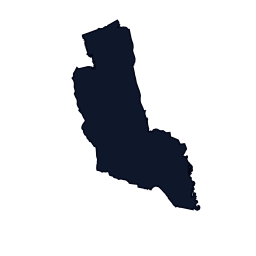 Sopo, Cundinamarca, Colombia (Equal Earth projection), rotated 156°
{"feature_id": "7082276B26138055431911", "entity_name": "Sopo", "entity_type": "district", "adm_level": 2, "iso_a3": "COL", "parent_name": "Colombia", "parent_adm1": "Cundinamarca", "projection": "equal_earth", "projection_center": [-73.969, 4.893], "detail": "fine", "context": "isolated", "style": "filled", "palette": "ink", "viewbox_px": 256, "rotation_deg": 156, "n_neighbors": 0, "source": "geoboundaries", "source_scale": "gbopen_adm2", "svg_char_len": 5689}
<svg xmlns="http://www.w3.org/2000/svg" viewBox="0 0 256 256"><g transform="rotate(156 128 128)"><path d="M131.8,231.2L132.2,230.0L131.5,229.3L132.2,229.1L132.3,228.1L131.8,227.8L131.4,226.7L131.5,226.4L131.9,226.1L131.3,225.7L131.4,225.1L131.4,224.3L131.7,223.9L131.7,224.6L132.0,224.4L132.9,222.7L132.9,222.4L132.6,222.3L132.5,222.0L133.1,221.3L133.0,220.4L133.3,220.3L132.9,219.6L133.4,218.9L133.6,218.2L133.6,217.2L133.2,216.6L133.4,215.8L133.8,215.9L134.0,213.2L134.6,212.3L134.7,212.1L135.1,212.2L135.3,211.9L135.2,211.7L134.2,211.1L134.2,210.8L134.5,210.2L134.2,209.4L134.0,209.1L133.4,209.4L133.2,208.2L132.7,208.3L132.3,209.8L132.1,210.0L131.5,210.0L131.5,209.7L131.8,209.4L131.7,209.2L131.0,209.4L130.9,209.2L130.9,208.8L131.1,208.6L131.8,208.5L132.1,208.2L131.7,207.0L131.9,206.5L131.9,205.9L132.2,205.1L132.2,204.6L132.4,203.9L132.0,203.2L132.6,203.3L132.6,202.4L132.4,202.3L132.0,202.5L131.5,201.9L132.7,201.6L133.0,201.9L132.8,199.7L133.0,199.2L133.5,198.8L133.1,198.1L133.2,197.7L133.4,197.6L133.8,197.8L133.9,197.6L133.8,197.0L133.5,196.8L133.7,196.0L134.0,195.8L134.4,196.6L135.2,197.4L136.0,196.8L135.9,196.6L135.6,196.4L135.7,196.1L135.9,196.1L136.2,196.6L136.6,196.3L136.7,196.9L136.6,198.2L136.6,198.4L138.6,199.7L139.7,200.2L149.2,202.0L150.1,203.9L153.7,201.0L155.1,200.2L155.8,199.3L156.4,197.7L157.0,196.7L157.5,196.5L158.2,196.6L158.6,196.2L158.2,193.9L158.3,191.7L159.2,189.2L160.3,187.3L160.8,183.7L161.3,182.4L161.6,182.0L162.4,181.6L162.9,181.1L163.0,177.2L162.8,176.1L162.8,174.6L163.5,172.2L164.3,171.0L164.7,169.7L164.7,167.2L164.2,165.3L164.2,164.7L164.3,164.6L165.3,164.4L165.6,163.9L164.1,159.7L164.1,155.7L163.7,153.4L163.8,152.1L164.6,151.2L166.2,150.4L168.1,149.1L169.3,147.9L170.0,146.7L170.1,146.2L170.0,145.3L169.3,144.7L170.0,142.5L170.1,141.2L170.0,139.5L169.3,138.4L169.0,137.5L169.0,136.2L169.3,135.5L169.2,135.1L168.8,134.1L168.3,133.5L168.5,132.9L168.4,131.5L167.6,130.9L167.1,130.1L166.2,125.0L165.0,124.1L164.9,123.4L165.6,121.0L168.0,114.6L168.1,113.2L168.5,111.4L169.5,109.7L170.2,108.0L171.1,107.0L172.2,105.1L173.1,103.1L173.2,102.0L172.1,101.3L170.4,99.9L169.9,98.8L169.4,98.5L169.0,98.3L168.0,98.3L166.4,97.2L164.8,96.8L164.4,96.8L163.2,95.4L163.7,93.8L163.7,93.3L163.8,92.5L160.7,89.7L160.9,88.9L160.7,88.6L158.3,86.7L158.0,86.3L157.6,85.4L157.2,84.9L156.3,84.9L155.4,84.5L155.1,84.6L153.0,82.9L152.5,82.8L152.1,82.3L150.8,81.5L149.7,79.4L149.3,79.3L149.1,77.1L147.7,76.4L147.8,76.2L141.8,72.6L142.6,70.0L138.5,67.1L137.4,66.6L137.5,66.1L137.1,65.9L137.0,66.3L136.1,65.8L135.7,65.2L135.7,65.4L133.9,64.4L133.6,64.2L133.2,63.5L132.8,63.0L132.2,62.4L130.6,63.4L128.4,64.2L128.2,64.0L126.2,63.9L125.7,63.5L125.2,63.4L125.0,62.8L124.5,62.7L124.0,62.3L123.1,60.9L122.9,60.1L122.1,58.3L121.2,55.3L120.3,53.0L119.9,50.5L119.5,49.6L119.1,49.2L119.1,48.9L119.5,47.8L119.4,47.1L117.8,41.5L117.5,39.2L116.8,38.2L116.5,36.8L116.2,36.7L115.5,36.9L115.1,36.5L114.7,36.4L113.8,35.6L113.3,35.0L111.5,34.1L101.8,27.1L101.3,27.9L101.0,28.1L100.6,28.1L99.7,27.0L98.9,25.6L98.1,25.0L97.8,24.8L96.1,24.9L96.0,25.2L95.4,25.5L95.0,26.0L94.7,26.9L94.7,27.6L95.2,28.4L95.6,28.5L95.8,28.2L95.6,27.3L95.8,26.7L96.1,26.5L96.9,26.8L97.8,28.6L97.8,30.0L97.5,30.6L96.5,31.5L95.0,31.8L94.6,32.2L94.6,33.3L94.9,33.7L95.6,33.8L95.9,34.1L96.0,35.5L95.8,35.8L94.9,35.9L94.6,37.2L93.8,37.7L93.9,38.3L94.6,39.1L94.7,39.5L94.4,39.8L93.6,39.9L93.2,40.3L93.1,40.8L93.2,41.0L94.1,41.8L94.5,41.9L94.9,41.6L96.2,39.2L97.8,38.5L98.0,38.7L98.0,39.5L97.2,41.5L96.3,42.7L95.8,43.1L94.2,43.8L94.2,44.3L94.9,45.0L94.8,45.7L93.7,46.4L93.1,45.1L92.8,45.1L92.6,45.3L92.3,49.2L91.9,49.4L91.3,48.9L90.8,48.9L90.6,49.2L90.4,50.4L90.0,50.5L89.7,50.3L89.6,50.5L89.8,52.2L90.2,52.4L90.9,52.0L91.2,52.5L91.2,53.7L91.5,54.7L91.5,55.6L91.1,56.1L90.8,56.3L90.7,56.8L90.8,57.0L91.4,57.1L91.5,57.4L91.2,58.9L91.5,60.0L91.3,60.3L90.2,60.3L89.7,60.9L89.0,60.8L89.0,61.7L88.8,62.2L88.7,62.9L88.9,63.0L89.3,62.9L90.4,62.0L90.8,62.2L90.9,62.9L90.3,64.1L89.6,64.8L89.2,64.6L88.5,63.2L87.9,62.7L87.1,62.7L86.8,62.9L86.4,63.4L86.3,64.0L86.4,64.5L87.7,64.9L89.0,66.5L89.0,67.1L88.7,67.9L87.9,69.1L87.5,69.1L87.2,68.7L87.1,68.2L87.3,67.4L87.3,66.9L87.2,66.3L86.5,65.3L86.2,65.1L85.8,65.2L85.2,66.7L85.4,67.8L86.4,70.4L86.5,71.2L87.1,72.7L87.2,73.4L87.1,75.4L87.1,77.0L86.6,76.6L86.1,76.7L85.6,77.4L85.5,78.3L85.8,78.4L86.5,78.1L87.2,78.2L88.9,79.5L89.2,79.8L89.2,80.2L89.0,80.8L88.7,81.2L86.6,82.5L85.0,84.0L83.2,85.1L83.1,85.7L82.8,90.4L83.2,90.7L85.6,91.3L87.1,92.1L87.2,92.6L87.1,94.5L87.2,96.6L91.3,101.0L92.9,102.5L91.7,106.8L93.8,107.4L95.1,108.0L95.8,108.8L96.9,110.9L97.5,111.3L99.3,111.9L100.4,112.8L101.7,114.6L103.1,115.6L105.2,115.9L105.6,115.8L106.8,115.0L107.9,114.9L108.5,115.8L110.3,116.1L110.8,116.4L110.9,116.8L110.7,117.3L109.6,119.0L109.2,121.6L108.9,122.6L108.8,124.4L108.6,124.0L108.0,125.5L108.2,126.0L107.8,126.3L107.7,126.8L106.9,127.6L106.7,128.3L106.7,129.2L106.8,129.3L107.3,129.3L107.7,128.0L108.0,127.9L107.0,134.3L106.0,136.0L105.3,136.7L106.8,137.3L106.5,139.9L106.5,146.0L106.2,147.4L105.1,150.1L103.7,152.6L103.4,153.8L102.8,157.8L102.7,160.1L102.2,165.9L101.5,169.0L101.2,170.0L100.6,173.8L100.0,175.8L98.4,183.5L98.0,183.8L97.3,183.4L96.9,184.2L96.6,184.4L96.2,184.9L95.2,185.6L94.0,187.7L93.5,189.0L93.2,191.0L92.9,194.6L92.6,196.5L92.0,197.9L90.8,199.4L90.3,200.7L89.6,202.8L89.1,207.9L87.0,217.5L88.1,218.1L88.5,219.8L89.0,220.6L91.3,222.0L93.4,222.5L94.5,223.6L96.1,224.1L95.4,225.0L94.4,225.2L93.8,225.7L94.1,226.3L94.1,226.9L94.0,227.4L93.7,228.0L93.6,228.6L94.0,230.7L102.9,229.8L104.4,229.8L105.8,229.0L107.2,229.5L108.3,229.6L110.6,229.0L112.6,229.6L114.3,230.7L114.8,230.6L115.4,230.0L131.8,231.2Z" fill="#0f172a" stroke="#020617" stroke-width="1.5"/></g></svg>